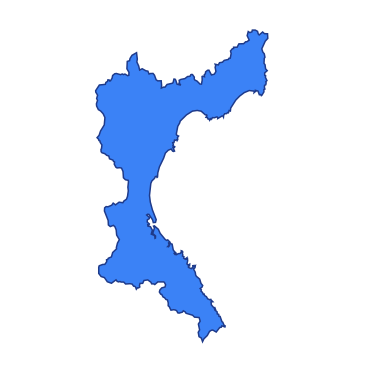 Nuquí, Chocó, Colombia, rotated 167°
{"feature_id": "7082276B77502299141728", "entity_name": "Nuquí", "entity_type": "district", "adm_level": 2, "iso_a3": "COL", "parent_name": "Colombia", "parent_adm1": "Chocó", "projection": "mercator", "projection_center": [-77.319, 5.746], "detail": "fine", "context": "isolated", "style": "filled", "palette": "blue", "viewbox_px": 384, "rotation_deg": 167, "n_neighbors": 0, "source": "geoboundaries", "source_scale": "gbopen_adm2", "svg_char_len": 6066}
<svg xmlns="http://www.w3.org/2000/svg" viewBox="0 0 384 384"><g transform="rotate(167 192 192)"><path d="M225.7,333.8L227.7,326.7L226.5,322.8L227.3,319.9L228.5,319.8L230.8,322.0L232.3,321.8L233.4,322.7L235.2,322.4L239.1,324.5L240.7,324.6L243.1,323.4L244.3,320.8L246.4,318.7L247.1,318.6L247.5,319.8L248.7,320.2L249.4,318.8L251.3,318.1L252.2,316.4L258.2,317.1L263.1,312.4L263.3,311.0L262.2,307.6L263.9,304.5L263.4,302.6L265.3,299.4L265.6,297.2L264.7,293.3L262.8,291.5L261.0,288.3L260.1,284.1L262.4,277.1L267.4,272.0L269.8,268.1L272.3,266.3L271.1,264.3L271.1,263.1L270.2,262.4L270.3,261.1L269.2,258.1L270.4,254.7L271.1,254.0L271.5,251.7L270.9,250.5L268.4,249.0L266.8,246.9L265.0,245.8L264.9,242.9L261.9,240.9L261.6,239.5L260.7,238.7L261.5,236.6L260.6,233.3L259.6,232.3L256.8,231.9L255.3,231.1L254.6,227.5L255.6,221.3L254.1,218.9L251.5,217.7L251.6,216.3L253.4,211.1L253.8,207.5L255.8,202.3L257.5,199.7L260.3,198.6L261.8,197.1L265.3,198.5L269.4,196.7L271.3,198.9L273.2,197.2L277.2,196.5L279.0,197.1L280.7,196.2L281.6,193.2L280.1,183.1L280.9,178.7L279.4,176.7L276.1,177.2L274.9,175.4L274.4,172.2L275.1,167.0L273.5,161.9L276.1,159.0L278.2,154.9L278.3,153.6L282.9,150.9L285.1,146.9L288.4,146.3L289.4,145.2L290.5,145.2L290.8,143.3L293.2,141.1L295.2,141.5L299.0,141.0L299.8,139.7L301.2,133.6L299.6,130.1L296.6,128.3L294.7,123.6L291.0,121.2L285.8,123.5L285.0,121.7L283.7,120.9L282.3,121.0L281.4,120.2L278.8,119.6L277.4,117.3L273.0,116.6L271.0,115.7L270.1,113.4L269.1,113.1L268.4,112.1L268.1,109.8L266.7,110.9L265.6,110.6L264.2,111.2L264.2,112.8L263.2,114.6L260.6,114.1L258.7,116.6L254.9,116.3L252.3,113.3L252.0,111.6L249.8,111.0L249.1,110.2L245.5,112.1L239.9,110.8L239.2,110.1L238.6,107.5L239.7,105.5L243.0,105.4L245.3,103.8L246.3,101.9L245.5,99.5L244.6,99.1L243.8,96.2L242.5,95.2L241.6,93.2L240.2,92.4L240.1,89.3L240.8,86.5L240.0,85.5L239.1,81.6L236.2,81.4L234.4,80.5L233.5,79.4L233.1,77.5L231.8,76.9L228.4,77.1L227.2,78.2L225.6,76.7L225.1,75.2L219.1,71.8L217.7,69.5L213.3,68.1L213.1,64.3L215.5,61.9L215.6,55.9L217.5,53.9L217.7,49.5L215.8,47.6L215.4,43.8L213.5,46.2L209.4,48.7L206.3,52.2L204.3,52.9L202.8,52.8L199.9,50.1L195.5,53.7L193.8,53.7L193.0,54.9L190.3,53.1L189.8,54.0L190.8,55.1L191.3,58.2L192.0,58.9L192.6,64.4L193.7,64.8L193.5,66.8L194.8,67.5L194.5,69.6L196.3,71.9L196.3,73.3L195.6,72.8L195.8,74.3L196.8,74.4L198.5,77.6L198.2,80.6L196.4,80.4L197.8,82.6L197.7,83.7L198.0,83.0L198.7,82.9L200.8,84.4L201.5,86.8L203.0,88.2L203.2,89.9L204.0,89.8L204.4,91.9L205.5,93.3L204.9,94.6L205.8,96.1L203.7,97.0L202.6,98.5L203.8,100.9L204.1,105.4L206.7,108.9L207.1,110.2L206.9,113.1L207.8,116.5L206.1,117.6L205.4,119.3L206.0,119.0L206.8,119.4L206.6,119.9L207.8,120.0L208.2,117.8L209.3,118.0L210.0,117.5L212.4,119.3L212.1,120.8L211.0,120.5L210.5,122.2L212.1,121.7L213.1,123.1L211.7,126.0L211.4,128.1L212.4,127.9L211.9,129.0L213.8,128.2L215.0,129.3L214.4,130.8L215.7,131.8L215.1,132.8L215.2,135.7L214.5,135.7L214.7,136.5L215.7,137.2L216.0,135.8L217.3,134.8L219.4,135.0L221.1,134.4L222.6,134.9L223.5,136.9L222.4,135.6L221.3,135.4L221.5,136.7L222.4,137.6L223.3,139.8L223.1,145.7L225.5,147.0L226.0,144.9L227.3,143.8L227.7,143.7L227.1,144.1L227.9,144.3L226.3,145.4L226.3,147.7L224.7,148.0L226.4,150.8L227.4,150.4L228.8,151.8L232.3,158.8L233.2,163.3L236.3,167.5L237.2,167.4L237.1,166.7L236.1,166.7L236.2,166.3L239.6,160.4L237.4,157.4L238.0,155.3L238.5,155.2L238.2,157.1L238.6,158.3L241.2,160.1L239.2,163.8L240.3,167.6L242.6,168.6L242.5,170.0L241.6,169.4L240.7,170.4L242.4,172.8L241.7,175.0L239.7,175.6L239.2,176.6L241.4,179.8L240.3,180.3L239.0,179.9L236.7,173.8L236.6,170.9L234.4,170.6L233.1,173.1L234.6,183.4L234.9,191.6L234.2,198.2L230.2,209.6L228.6,211.8L225.5,213.7L224.3,215.2L223.2,215.3L222.8,214.1L222.2,214.4L221.0,218.4L218.1,223.8L212.0,231.4L209.2,235.9L205.7,238.1L202.6,238.5L201.7,236.2L200.7,235.6L199.8,235.8L200.6,239.9L200.0,240.2L199.7,239.5L199.4,240.1L198.9,239.6L198.6,240.0L200.2,241.5L199.5,242.4L199.7,244.4L198.5,244.2L197.4,246.5L196.8,246.1L195.0,246.4L194.9,245.5L194.1,246.3L193.9,248.3L192.5,249.5L194.0,250.7L194.3,251.9L191.1,259.2L188.6,261.9L187.5,263.8L180.0,268.4L173.4,270.7L168.6,270.3L164.9,268.7L161.6,264.1L160.4,263.9L160.3,262.9L161.6,261.6L160.2,261.0L160.0,259.5L159.0,259.2L158.7,258.0L158.0,258.9L157.4,258.5L157.2,259.2L156.4,258.7L155.4,259.9L153.5,259.3L150.8,259.6L150.1,258.7L150.4,257.8L145.6,259.3L144.8,259.1L144.5,257.9L143.9,259.6L142.6,260.9L140.7,260.6L139.4,261.4L138.7,261.0L137.5,263.0L136.4,262.3L135.4,265.1L128.7,271.7L123.9,274.8L118.7,277.1L113.4,278.0L108.5,276.2L109.1,274.9L107.5,275.7L107.3,276.5L106.9,275.9L106.4,276.3L105.0,275.5L104.5,271.6L103.2,271.5L102.8,270.3L102.1,270.6L99.4,273.4L98.9,275.8L97.8,275.9L97.9,277.8L97.3,279.6L96.0,279.9L95.2,281.7L95.3,282.8L93.9,283.7L94.7,287.2L94.1,288.7L94.9,289.3L94.4,291.7L91.4,293.3L92.6,295.5L92.2,299.5L92.9,301.2L91.5,306.0L90.6,306.9L90.5,310.4L91.5,312.4L91.8,315.8L86.7,322.5L83.6,324.6L82.8,329.2L85.8,330.0L87.2,332.0L91.2,329.9L91.9,331.1L92.0,333.8L93.9,335.5L96.8,336.2L97.6,334.6L99.8,334.3L101.1,335.7L103.1,331.9L102.1,327.2L104.6,326.1L106.0,326.3L108.3,324.9L113.0,325.8L115.5,322.9L118.9,323.7L119.2,322.5L120.5,322.5L122.8,320.7L122.7,318.2L124.6,313.8L125.8,314.0L126.8,313.0L131.0,313.0L133.2,311.6L136.1,311.8L137.8,309.9L140.7,311.3L140.5,309.7L141.4,308.4L141.6,304.0L143.7,301.8L146.7,301.7L148.1,306.9L149.5,307.1L151.7,306.0L152.4,304.2L153.6,303.6L153.9,301.5L155.4,302.4L156.2,302.3L156.9,298.7L158.5,295.0L159.9,295.3L162.2,299.0L164.0,300.4L164.4,301.7L163.9,303.4L165.1,306.3L165.7,306.6L166.7,306.6L167.9,305.2L170.4,305.5L173.4,304.1L177.6,304.2L179.4,303.7L179.5,301.7L180.2,301.0L179.1,299.4L179.4,298.9L182.3,300.4L182.7,304.7L183.2,305.8L184.2,306.1L185.8,302.9L186.6,302.4L192.1,302.4L194.8,300.2L196.1,300.6L198.5,300.2L197.6,302.8L197.0,307.3L200.4,308.0L201.7,309.4L202.3,314.3L203.3,316.3L205.8,316.8L207.3,316.6L207.8,319.7L209.7,320.5L212.8,323.3L215.6,322.6L215.6,326.8L216.5,331.1L215.4,333.8L214.7,340.2L219.7,338.7L222.3,336.1L223.3,334.0L225.7,333.8Z" fill="#3b82f6" stroke="#1e3a8a" stroke-width="1.5"/></g></svg>